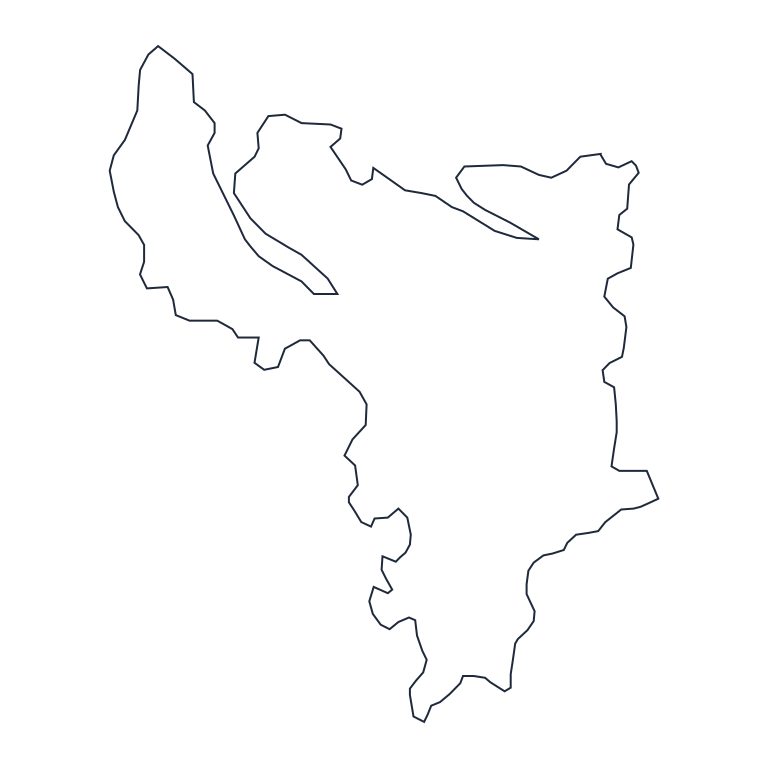 Haenam-gun, South Jeolla, South Korea
{"feature_id": "91817680B93885607227135", "entity_name": "Haenam-gun", "entity_type": "district", "adm_level": 2, "iso_a3": "KOR", "parent_name": "South Korea", "parent_adm1": "South Jeolla", "projection": "natural_earth1", "projection_center": [126.514, 34.528], "detail": "fine", "context": "isolated", "style": "outline", "palette": "slate", "viewbox_px": 768, "rotation_deg": 0, "n_neighbors": 0, "source": "geoboundaries", "source_scale": "gbopen_adm2", "svg_char_len": 2593}
<svg xmlns="http://www.w3.org/2000/svg" viewBox="0 0 768 768"><path d="M600.7,153.9L580.3,156.7L566.5,170.7L551.3,177.7L538.9,174.9L520.9,166.5L503.0,165.1L464.4,166.5L456.1,177.7L461.6,188.9L467.1,195.9L474.0,202.9L485.1,209.9L509.9,222.5L538.9,239.3L516.8,237.9L494.7,230.9L463.0,211.3L451.9,207.1L435.4,195.9L421.6,193.1L405.0,190.3L391.2,180.5L373.3,167.9L371.9,179.1L362.2,184.7L351.2,180.5L345.7,169.3L330.5,146.9L340.2,138.5L341.5,128.7L330.5,124.5L301.5,123.1L285.0,114.7L268.4,116.1L257.4,132.9L258.7,148.3L254.6,156.7L235.3,173.5L233.9,193.1L250.4,218.3L265.6,233.7L289.1,247.8L301.5,254.8L327.7,278.6L337.4,294.0L313.9,294.0L301.5,281.4L272.5,266.0L258.7,256.2L250.4,246.4L244.9,239.3L233.9,215.5L213.2,173.5L207.7,145.5L214.6,132.9L214.6,123.1L204.9,110.5L193.9,102.1L192.5,74.1L174.6,58.7L158.1,46.1L148.4,54.5L140.1,69.9L138.7,85.3L137.3,110.5L124.9,139.9L113.8,155.3L109.7,170.7L113.8,191.7L117.9,207.1L124.8,221.1L138.6,235.1L144.1,244.9L144.1,261.8L140.0,274.4L146.9,288.4L167.6,287.0L173.1,299.6L175.8,315.1L189.6,320.7L206.2,320.7L217.3,320.7L232.4,329.1L238.0,337.5L258.7,337.5L254.5,362.8L264.2,369.8L278.0,367.0L284.9,348.7L300.1,340.3L309.7,340.3L323.5,355.7L329.1,364.2L341.5,375.4L359.6,391.8L366.6,404.4L365.7,425.0L352.5,439.4L344.5,455.6L355.1,465.5L357.8,485.2L348.9,496.9L348.9,502.3L354.2,510.4L361.3,522.1L371.0,526.6L374.6,518.5L387.8,517.6L398.4,508.6L407.3,517.6L410.8,534.7L409.9,544.6L405.5,552.7L400.2,557.2L395.8,561.7L382.5,556.3L381.6,569.8L386.1,578.8L392.2,589.6L387.8,593.2L373.7,586.9L369.3,601.3L372.8,613.9L380.7,624.7L389.6,629.2L398.4,622.0L409.0,617.5L415.2,620.2L417.0,635.5L422.3,650.8L426.7,659.8L423.2,672.4L416.1,680.5L409.9,688.6L409.9,694.9L413.5,716.5L424.1,721.9L427.6,714.7L431.2,705.7L440.0,702.1L449.7,694.0L460.3,683.2L463.0,676.0L473.6,676.0L485.1,677.8L490.4,682.3L504.6,691.3L510.7,687.7L510.7,674.2L512.5,662.5L515.2,643.6L517.8,639.1L527.5,630.1L533.7,621.1L534.6,611.2L526.6,594.1L526.6,584.2L528.4,570.7L533.7,562.6L543.4,555.4L552.3,553.6L563.8,550.0L567.3,542.8L576.1,534.7L588.5,532.9L598.2,531.1L605.3,522.1L621.2,509.5L633.6,508.6L640.6,506.8L648.6,503.2L658.3,498.7L646.8,470.9L619.4,470.9L611.5,466.4L614.1,448.4L616.7,432.2L616.7,421.4L615.8,404.4L614.1,387.3L604.3,381.9L602.6,370.2L609.6,363.0L622.0,356.8L623.8,347.8L626.4,327.1L624.6,316.3L613.1,307.4L604.3,296.6L607.8,278.7L617.5,273.3L630.8,267.9L633.4,244.6L631.7,237.4L617.5,229.3L619.3,215.0L627.2,208.7L629.0,184.5L638.7,172.8L636.0,165.6L631.6,161.2L618.4,167.4L606.0,163.8L600.7,154.9L600.7,153.9Z" fill="none" stroke="#1e293b" stroke-width="2"/></svg>